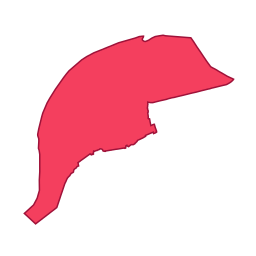 outline of Duyen Hai, Trà Vinh, Vietnam, rotated 177°
{"feature_id": "81297802B81116648730753", "entity_name": "Duyen Hai", "entity_type": "district", "adm_level": 2, "iso_a3": "VNM", "parent_name": "Vietnam", "parent_adm1": "Trà Vinh", "projection": "mercator", "projection_center": [106.448, 9.668], "detail": "fine", "context": "isolated", "style": "filled", "palette": "rose", "viewbox_px": 256, "rotation_deg": 177, "n_neighbors": 0, "source": "geoboundaries", "source_scale": "gbopen_adm2", "svg_char_len": 5308}
<svg xmlns="http://www.w3.org/2000/svg" viewBox="0 0 256 256"><g transform="rotate(177 128 128)"><path d="M102.7,121.1L102.3,121.3L101.7,121.4L101.2,121.6L100.9,121.7L100.5,121.9L100.3,122.0L100.0,122.2L99.8,122.3L99.9,122.5L100.0,122.9L100.0,123.0L99.6,123.2L99.6,123.3L99.7,123.5L99.9,124.2L100.1,124.9L100.2,125.2L100.5,126.2L100.7,126.7L100.8,127.4L101.0,127.9L101.1,128.3L101.2,129.0L101.3,129.4L101.5,130.1L101.5,130.3L102.1,130.3L103.1,130.0L103.5,129.8L104.2,129.5L105.0,129.2L105.3,130.8L105.4,131.7L105.5,132.3L105.7,133.4L105.8,134.7L106.0,135.8L106.0,136.0L106.3,136.1L106.6,136.0L106.9,136.1L107.1,136.2L107.3,136.4L107.3,136.6L107.3,137.1L107.2,138.0L107.2,138.6L107.2,139.1L107.3,139.6L107.3,140.1L107.4,140.8L107.4,141.2L107.5,141.8L107.5,142.1L107.5,142.3L107.4,142.4L107.2,142.5L107.0,142.8L107.0,143.0L107.0,143.3L107.0,143.7L107.1,143.9L107.1,144.2L107.1,144.4L107.0,144.6L107.2,144.9L107.3,145.1L107.4,145.3L107.4,145.5L107.3,146.0L107.4,146.3L107.6,146.5L107.6,146.8L107.6,147.1L107.5,147.3L107.5,147.6L107.4,148.0L107.2,148.9L107.2,149.2L107.2,149.4L107.2,149.6L107.1,149.9L107.1,150.1L107.0,150.3L106.9,150.5L106.9,150.8L107.0,151.2L107.0,151.4L107.0,151.7L107.0,151.9L106.9,152.1L106.9,152.5L106.9,152.8L106.5,152.7L105.2,152.4L103.8,152.1L102.7,152.1L102.0,152.0L99.2,152.6L94.6,153.5L92.2,153.9L88.1,154.6L86.4,155.1L82.5,155.9L80.4,156.1L76.9,156.8L71.3,157.8L62.6,159.5L58.3,160.2L53.5,161.2L52.6,161.4L49.9,161.9L45.9,162.7L44.3,162.9L42.6,163.4L40.3,163.8L31.9,165.4L29.7,165.8L27.8,166.1L26.7,166.5L24.1,167.8L22.5,168.8L21.4,169.7L20.5,170.5L20.0,171.2L21.6,172.1L23.0,172.8L26.2,174.5L29.5,176.7L34.5,179.9L36.3,181.2L38.2,182.4L40.6,183.8L42.0,184.7L42.4,185.1L43.5,186.8L45.8,190.3L49.0,195.6L51.9,200.5L55.0,205.5L58.0,210.8L60.5,214.8L85.6,218.1L88.1,218.8L92.2,218.4L96.1,217.9L99.5,216.5L102.8,214.6L105.9,213.5L107.4,213.7L108.9,214.9L109.1,216.1L107.8,218.2L107.7,218.9L109.2,218.9L112.0,218.7L115.9,217.5L122.8,215.9L132.9,213.6L150.7,207.4L158.1,204.9L165.4,201.5L170.5,198.6L183.9,188.2L186.5,185.4L189.5,181.9L198.4,170.6L204.5,161.9L207.5,157.2L212.3,147.4L213.6,143.6L217.2,131.7L218.5,126.4L218.5,125.0L217.7,122.0L217.7,119.9L218.5,112.4L217.9,110.3L217.5,106.2L218.4,88.9L219.3,80.6L219.7,70.4L222.4,62.6L226.3,56.1L236.0,48.1L228.5,40.4L225.3,37.1L203.3,52.3L203.0,53.0L201.5,56.8L200.0,60.6L198.5,64.5L196.9,68.4L195.3,72.5L194.2,75.3L194.1,75.5L194.0,75.8L193.4,76.8L192.7,78.1L192.4,78.7L192.1,79.4L191.5,80.5L191.2,80.9L191.1,81.2L190.4,81.9L190.2,82.1L190.0,82.3L189.6,82.7L189.2,83.0L188.9,83.2L188.8,83.4L188.6,83.5L188.4,83.9L187.8,84.7L187.6,85.0L187.4,85.3L187.3,85.5L187.1,85.6L186.8,85.8L186.5,85.9L185.9,86.2L185.6,86.3L185.4,86.4L185.1,86.6L185.0,86.8L184.8,86.9L184.7,87.2L184.7,87.6L184.5,88.2L184.4,88.7L184.3,88.9L184.2,89.1L184.0,89.3L183.8,89.6L183.5,89.9L183.3,90.0L182.5,90.4L182.3,90.5L182.1,90.6L181.9,90.8L181.7,91.1L181.2,91.7L181.1,91.9L180.9,92.0L180.7,92.2L180.5,92.3L180.2,92.4L179.9,92.5L179.3,92.7L179.6,95.2L179.8,96.0L178.7,96.7L177.7,97.3L176.8,98.0L175.0,99.1L173.3,100.2L171.6,101.3L168.2,103.5L167.2,104.2L166.8,103.6L166.7,103.5L166.5,103.4L166.0,103.1L165.9,103.1L165.7,103.3L165.6,103.5L165.4,103.7L165.2,103.5L165.0,103.4L164.9,103.4L164.9,103.6L164.9,103.8L164.7,103.9L164.1,103.6L163.9,103.7L163.8,103.8L163.8,104.0L164.0,104.5L164.0,104.8L163.9,105.1L163.7,105.3L163.7,105.5L163.6,105.9L163.6,106.2L163.6,106.6L163.5,106.8L163.4,106.8L163.2,106.6L162.9,106.5L162.7,106.5L162.1,106.7L161.4,107.0L160.7,107.2L160.4,107.1L160.2,107.1L159.9,107.3L159.7,107.5L159.3,107.5L159.1,107.6L158.9,107.7L158.8,107.8L158.6,107.8L158.3,107.9L158.1,107.9L157.8,108.0L157.5,108.2L157.3,108.4L157.2,108.6L156.8,108.7L156.7,108.7L156.4,108.5L156.2,108.5L155.6,108.4L155.4,108.3L155.2,108.2L154.9,108.0L154.8,107.8L154.6,107.7L154.5,107.4L154.4,107.2L154.2,106.8L154.2,106.5L154.1,106.4L153.9,106.3L153.2,106.1L152.4,105.9L152.2,105.9L152.3,106.1L152.2,106.2L151.6,106.3L150.7,106.3L150.1,106.4L149.9,106.4L148.9,106.5L148.1,106.6L146.3,106.8L145.8,106.8L145.5,106.9L144.6,107.0L142.8,107.2L141.1,107.4L139.3,107.5L137.5,107.7L135.8,107.9L132.8,108.2L132.5,108.2L132.3,108.3L132.2,108.3L132.1,108.2L132.1,107.9L131.9,107.9L131.7,108.0L131.4,108.1L131.4,108.3L131.3,108.6L131.3,108.9L131.2,109.2L131.2,109.4L131.1,109.7L130.9,109.9L130.9,110.0L131.0,110.2L131.0,110.3L130.9,110.4L130.7,110.4L130.5,110.5L130.4,110.6L130.2,110.7L130.2,110.4L130.1,110.2L129.8,110.1L129.7,110.1L129.4,109.9L129.1,109.9L128.9,109.7L128.7,109.4L128.4,109.3L128.1,109.5L127.5,110.0L127.3,110.1L127.1,110.2L127.0,110.4L126.8,110.5L126.5,110.7L126.3,110.9L125.9,111.0L125.6,111.1L125.4,111.2L125.1,111.2L124.7,111.2L124.4,111.1L123.9,111.1L123.6,111.1L123.4,111.2L123.1,111.3L122.8,111.5L122.4,111.8L122.2,111.8L121.9,112.0L121.8,112.4L121.7,112.4L121.1,112.8L120.9,113.0L120.6,113.4L120.4,113.5L120.1,113.7L119.9,113.9L119.7,114.1L119.4,114.6L119.3,114.8L119.3,115.0L119.2,115.1L118.9,115.2L118.3,115.5L117.7,115.7L116.4,116.2L115.7,116.5L114.7,116.9L113.7,117.3L112.8,117.8L111.0,118.7L110.8,118.8L110.8,119.0L110.9,119.3L111.0,119.6L110.3,119.9L107.6,120.9L107.0,121.1L106.0,121.5L105.6,121.6L104.4,122.1L103.9,122.2L103.4,122.4L103.1,122.5L103.1,122.4L103.0,122.0L102.9,121.7L102.7,121.1Z" fill="#f43f5e" stroke="#9f1239" stroke-width="1.5"/></g></svg>